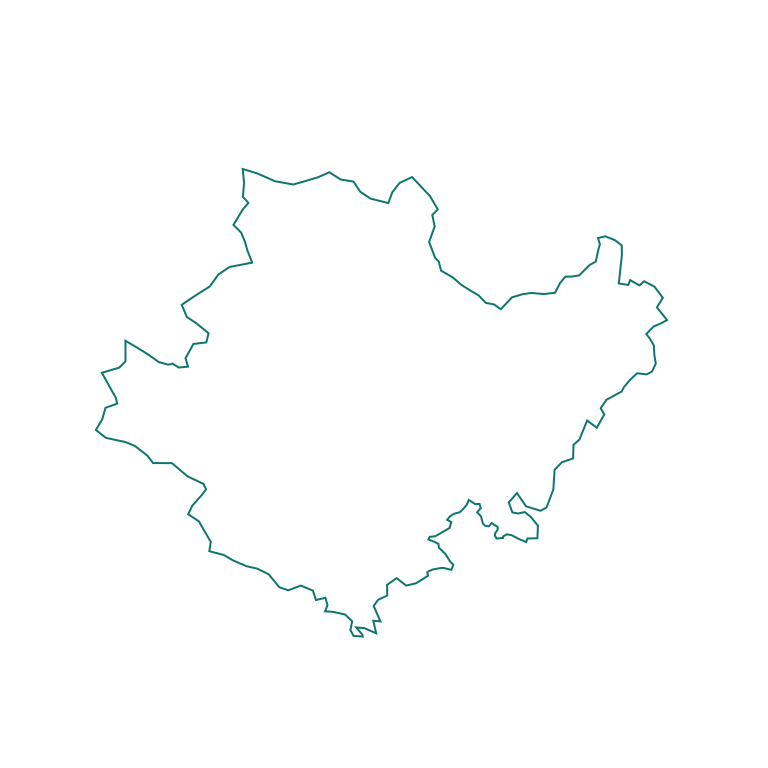 Tera, Paphos, Cyprus, rotated 77°
{"feature_id": "46923920B5326645016931", "entity_name": "Tera", "entity_type": "district", "adm_level": 2, "iso_a3": "CYP", "parent_name": "Cyprus", "parent_adm1": "Paphos", "projection": "robinson", "projection_center": [32.428, 34.979], "detail": "fine", "context": "isolated", "style": "outline", "palette": "teal", "viewbox_px": 768, "rotation_deg": 77, "n_neighbors": 0, "source": "geoboundaries", "source_scale": "gbopen_adm2", "svg_char_len": 2934}
<svg xmlns="http://www.w3.org/2000/svg" viewBox="0 0 768 768"><g transform="rotate(77 384 384)"><path d="M580.8,384.2L577.2,384.2L576.4,382.1L575.7,377.9L576.0,371.3L576.4,367.9L578.1,364.4L580.2,360.4L578.4,358.8L575.6,357.1L571.9,359.5L563.5,362.4L555.9,367.3L552.0,367.0L549.4,370.0L545.5,375.7L543.2,373.9L543.9,368.2L541.4,360.3L539.1,352.6L533.6,349.5L530.6,353.0L527.8,349.5L526.2,345.1L526.0,339.1L523.9,335.3L520.1,330.3L516.0,327.5L521.6,322.1L522.3,317.9L526.7,317.7L530.0,322.1L534.8,319.2L538.7,319.2L542.3,319.0L544.8,317.4L546.3,313.8L543.7,310.3L545.9,308.4L548.8,305.4L551.4,306.0L554.3,309.1L556.6,310.1L559.9,309.1L560.7,302.6L559.3,302.3L558.1,298.1L560.1,293.6L565.3,287.5L570.0,281.0L566.8,279.0L568.8,269.2L556.6,265.9L546.6,270.8L540.4,275.7L540.4,282.3L538.0,287.8L527.5,289.1L520.2,279.0L535.1,273.1L542.7,260.0L541.0,253.5L524.8,242.7L506.0,237.1L500.3,228.3L499.0,216.5L485.8,213.0L483.2,208.1L482.1,206.1L465.3,194.3L474.5,186.5L463.3,176.3L456.3,178.3L449.4,170.8L444.8,154.2L440.8,150.7L434.5,142.1L430.5,135.0L433.7,125.9L432.2,120.1L425.3,114.6L416.0,114.0L407.2,112.4L399.9,114.6L394.3,117.2L388.7,108.5L387.4,101.3L385.4,93.9L370.7,100.8L362.7,92.9L350.0,98.6L342.4,107.4L345.4,112.9L338.1,120.8L342.4,123.6L338.9,132.6L311.5,123.1L302.4,121.2L295.7,126.7L289.9,135.2L289.9,142.7L296.4,142.2L302.0,145.3L312.4,150.1L314.3,156.9L322.1,169.4L321.5,177.3L320.2,183.2L325.5,190.0L333.6,196.8L332.3,208.0L328.4,220.0L327.7,229.2L328.4,239.8L337.4,253.4L331.2,258.9L327.9,266.5L318.8,272.0L312.4,278.8L305.0,286.2L295.3,293.3L286.4,302.9L276.9,303.1L272.6,305.8L255.8,308.1L241.9,299.2L230.2,298.9L225.9,292.3L211.3,296.9L188.7,310.1L191.6,323.6L199.1,332.8L208.7,339.1L200.3,355.5L191.3,363.9L179.9,368.2L175.0,380.2L165.4,389.7L167.7,401.5L168.6,415.6L169.2,427.6L161.9,444.6L150.3,460.1L142.7,473.3L144.8,473.6L156.7,475.1L169.8,479.4L177.0,475.4L182.3,482.5L195.1,494.9L204.4,489.1L214.8,487.4L223.0,487.1L236.1,485.1L235.2,508.1L240.1,520.8L249.7,531.7L255.5,548.1L261.3,563.3L274.4,561.0L282.9,553.0L295.1,543.5L303.5,547.8L302.1,560.7L314.3,571.6L323.0,571.1L321.8,580.3L316.6,585.4L316.6,590.0L311.9,598.6L302.3,607.0L291.3,618.2L283.7,626.2L303.8,630.8L308.5,638.3L309.6,656.4L337.2,648.4L343.1,648.4L344.5,660.7L355.0,666.5L364.0,675.1L373.9,667.1L382.3,649.2L388.1,640.9L400.6,630.6L409.1,626.8L413.4,608.4L429.7,596.3L440.8,582.3L446.6,581.1L450.6,585.7L459.4,598.1L466.9,604.1L476.2,595.2L485.0,592.6L498.9,588.3L507.6,591.8L514.6,578.5L521.9,570.8L530.6,559.0L535.3,549.2L543.4,539.2L558.5,531.7L563.5,523.6L561.7,510.4L569.3,499.8L579.2,498.9L579.1,489.2L586.7,488.8L592.3,492.5L594.5,485.0L599.8,473.8L608.1,468.4L616.1,472.1L622.6,470.3L625.3,461.5L623.4,461.5L615.0,465.7L617.6,457.8L625.2,447.7L612.2,447.7L614.5,440.9L598.0,444.0L593.0,438.4L590.8,428.4L580.4,426.2L576.0,415.3L585.4,407.8L585.4,397.8L581.0,385.1L580.8,384.2Z" fill="none" stroke="#0f766e" stroke-width="2"/></g></svg>